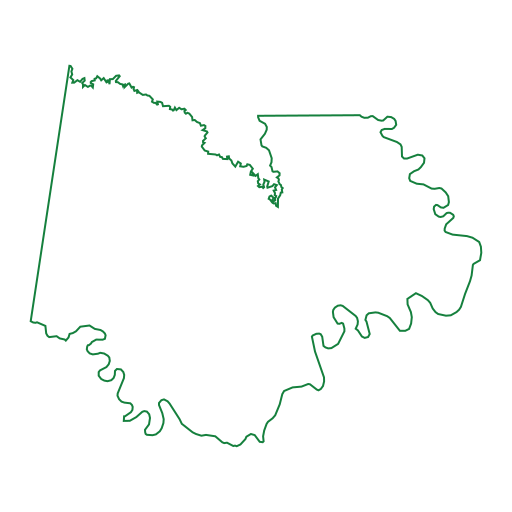 Cabuyaro, Meta, Colombia
{"feature_id": "7082276B93566761030806", "entity_name": "Cabuyaro", "entity_type": "district", "adm_level": 2, "iso_a3": "COL", "parent_name": "Colombia", "parent_adm1": "Meta", "projection": "albers", "projection_center": [-72.967, 4.313], "detail": "fine", "context": "isolated", "style": "outline", "palette": "green", "viewbox_px": 512, "rotation_deg": 0, "n_neighbors": 0, "source": "geoboundaries", "source_scale": "gbopen_adm2", "svg_char_len": 5995}
<svg xmlns="http://www.w3.org/2000/svg" viewBox="0 0 512 512"><path d="M30.7,321.2L33.2,322.5L35.6,322.8L37.0,322.3L45.4,325.9L46.2,333.4L47.5,335.8L49.2,337.1L56.6,336.2L59.7,338.4L64.7,339.5L65.8,340.6L68.5,337.5L69.6,333.9L72.8,333.1L76.0,331.3L80.3,326.7L89.5,325.5L94.8,328.9L100.5,330.0L103.0,331.5L104.9,333.5L105.6,335.3L104.9,338.8L102.6,339.7L96.2,339.6L91.8,342.1L91.0,343.5L89.0,345.1L87.8,345.3L87.2,346.6L86.8,349.3L87.6,351.2L89.7,353.4L92.8,354.4L98.0,353.7L100.2,352.8L104.1,353.5L107.8,355.7L109.3,357.5L109.8,360.9L108.7,364.3L106.4,367.1L100.0,370.4L98.7,372.1L98.7,375.7L101.2,379.0L104.3,380.6L107.5,381.2L111.3,380.2L113.6,378.0L114.8,374.9L115.0,370.9L116.9,369.0L120.9,369.4L123.3,372.0L124.2,374.9L123.9,378.2L117.7,393.4L117.5,395.7L119.1,399.2L121.5,401.6L124.4,402.6L130.3,403.3L131.9,404.9L132.7,406.9L132.4,409.9L130.9,412.2L125.0,416.3L124.1,416.3L123.8,420.9L129.8,420.8L136.3,417.1L142.3,411.8L144.3,411.1L146.9,411.6L149.2,414.3L150.0,418.0L149.0,424.4L145.0,429.8L145.2,432.4L145.7,434.0L146.9,434.8L152.5,435.2L155.9,434.4L159.8,431.3L161.7,428.2L163.4,423.1L163.7,419.2L162.3,413.2L159.0,405.0L159.0,403.0L161.4,400.2L164.0,399.4L167.6,401.3L169.6,403.6L179.6,419.2L181.8,423.8L192.6,432.3L196.0,434.0L201.4,435.7L206.0,434.9L215.3,436.3L222.3,442.3L224.2,443.1L227.0,442.7L233.3,446.0L235.0,445.6L236.7,446.2L240.4,444.5L245.4,439.1L246.4,436.7L250.9,434.0L254.7,435.1L259.7,441.8L262.7,442.2L263.6,441.3L263.1,436.3L264.2,430.5L266.6,423.9L268.0,421.8L272.6,418.3L275.2,415.3L279.7,404.4L282.3,394.1L284.1,391.0L292.6,387.4L301.5,386.6L308.2,384.0L310.0,384.3L316.8,389.6L318.5,390.3L320.8,389.0L323.0,386.0L324.1,381.4L324.0,377.4L315.0,351.5L311.9,336.6L312.7,335.5L316.3,333.8L319.2,333.6L320.7,334.2L322.2,336.7L323.5,345.9L325.4,347.4L328.2,348.4L331.4,348.1L338.1,343.9L344.4,331.3L344.4,328.5L343.1,323.6L341.7,322.9L339.4,323.8L337.6,323.6L333.6,317.2L332.9,311.9L333.3,309.9L334.9,307.6L337.8,305.7L340.6,305.3L342.7,305.9L355.7,316.0L357.1,317.9L357.9,321.3L357.6,324.5L355.7,328.7L357.9,330.4L361.9,336.5L364.7,337.9L368.1,337.0L369.7,334.0L366.5,321.6L365.4,319.9L366.6,315.3L368.8,313.3L375.4,312.4L378.2,312.7L387.2,316.2L389.8,318.0L399.9,330.8L405.3,330.8L409.1,328.9L411.1,323.6L411.8,317.2L410.9,312.1L407.6,304.4L407.4,298.9L415.9,293.2L421.9,296.0L427.8,300.1L430.2,302.8L432.7,308.5L435.5,312.1L438.1,314.0L446.0,315.7L450.8,315.3L456.5,312.1L459.1,309.7L460.9,306.9L465.1,293.8L470.0,281.2L471.6,275.5L472.9,264.9L473.6,263.9L480.0,260.2L481.3,252.8L480.9,246.7L479.2,242.0L472.5,237.7L467.0,236.1L452.6,234.6L445.6,232.0L444.6,230.6L444.7,228.5L446.2,224.3L453.3,217.9L453.8,216.3L453.2,214.8L450.1,212.8L448.2,212.7L446.6,213.1L443.3,216.3L440.6,217.0L438.7,216.6L435.3,214.2L433.7,209.1L434.1,206.6L436.0,204.9L437.5,205.1L440.8,207.4L443.5,207.8L448.1,205.0L448.9,202.1L448.2,196.2L445.7,192.4L441.5,188.5L439.3,188.0L434.7,188.8L431.6,188.6L423.5,184.4L416.7,183.7L410.2,180.9L409.2,178.2L409.9,174.1L414.1,171.2L418.4,169.5L420.9,167.1L424.0,162.8L424.5,158.3L422.3,155.5L417.8,154.7L407.2,158.5L404.0,158.5L402.0,156.5L401.7,146.9L400.5,144.4L396.9,142.0L383.7,137.1L382.4,135.8L380.5,132.2L381.7,130.0L384.7,128.9L391.9,129.0L394.0,127.8L396.2,124.8L395.6,121.0L394.2,118.9L391.2,117.1L387.4,116.7L383.2,120.5L381.5,120.7L378.1,120.0L372.7,116.1L370.8,116.2L367.9,117.7L364.3,117.8L361.5,116.7L359.8,115.2L258.1,115.8L258.1,117.2L259.6,120.8L265.1,123.8L266.8,127.0L266.7,129.7L264.9,133.8L260.5,139.4L261.5,145.3L262.3,146.4L266.2,147.8L269.0,150.3L271.7,158.2L271.5,162.2L270.1,165.6L271.5,167.0L272.5,171.3L273.4,171.8L277.5,171.4L279.6,173.2L279.5,175.4L276.9,177.4L278.5,178.5L278.9,179.8L278.4,181.5L279.8,184.3L280.9,185.0L281.4,187.1L282.7,188.1L281.8,189.5L282.3,192.4L280.8,192.6L280.2,195.2L278.0,198.6L277.9,206.9L276.1,205.8L275.6,203.2L273.8,203.5L272.7,202.9L272.8,201.7L275.2,200.3L275.1,199.0L273.2,198.6L271.4,201.4L270.0,199.5L268.7,198.8L269.5,196.5L271.2,195.6L273.6,197.8L275.1,198.1L275.8,197.4L276.2,196.0L274.7,195.1L275.0,193.1L273.7,190.6L276.1,190.0L275.0,187.3L276.8,185.1L274.0,184.2L272.4,186.1L267.5,187.7L267.2,186.5L268.7,181.5L264.2,179.6L264.5,181.9L263.3,184.5L264.1,187.2L263.2,188.0L262.2,186.7L259.3,187.2L258.0,186.0L259.9,184.5L258.2,183.4L257.8,181.2L259.3,179.5L258.3,178.2L257.8,174.2L255.6,175.9L252.6,172.7L253.2,175.5L250.2,174.8L250.9,171.5L252.8,168.7L249.8,164.9L247.3,164.3L246.6,166.0L243.5,166.8L240.2,166.3L240.8,163.5L238.1,161.7L235.3,166.6L232.4,163.4L231.4,160.5L229.2,158.5L228.8,156.3L227.0,156.6L227.3,159.1L222.9,158.9L221.9,157.1L220.2,156.9L219.0,154.5L217.0,155.3L215.6,154.5L208.1,153.8L208.2,151.6L204.7,150.5L201.8,146.6L202.0,145.4L204.5,142.9L203.1,142.4L203.0,140.9L205.8,138.3L204.6,136.4L204.8,135.6L207.5,132.5L207.0,131.5L202.6,130.1L205.3,128.2L205.4,126.0L204.0,125.1L200.9,125.7L199.9,123.1L197.0,122.0L194.7,120.0L192.5,120.3L192.1,117.0L189.3,113.6L187.4,112.8L185.9,113.7L184.8,112.7L184.4,111.0L185.7,110.0L184.4,108.7L181.5,109.3L179.2,107.8L176.4,110.1L174.9,107.6L173.7,110.3L173.0,110.6L172.0,109.5L169.9,109.1L170.2,106.8L168.9,105.8L163.0,106.2L162.1,102.8L160.4,101.9L157.3,101.6L157.9,104.3L157.1,104.6L155.6,102.9L154.0,102.9L152.0,101.7L152.8,99.4L149.4,95.8L147.4,95.5L146.0,94.5L142.8,94.9L138.7,92.2L137.2,92.8L137.1,91.5L138.1,91.0L137.3,90.0L134.4,90.9L133.6,89.1L134.0,87.2L133.0,86.8L131.6,87.6L129.3,83.4L128.2,83.7L124.7,87.1L124.9,84.5L124.0,84.8L123.1,86.2L122.5,84.4L120.1,83.9L117.9,82.2L116.0,82.1L115.8,81.0L119.7,76.2L119.1,75.4L116.1,75.8L112.8,79.1L109.9,79.2L109.5,84.2L108.6,80.3L107.4,80.4L107.1,82.1L106.5,82.4L103.7,78.1L101.2,80.3L100.1,78.5L97.3,76.2L96.2,78.3L94.6,78.8L94.7,80.4L91.6,81.1L90.7,82.1L90.8,83.1L93.2,84.3L92.8,87.5L91.2,85.7L90.1,85.6L87.9,86.9L84.9,85.0L83.0,86.9L83.0,84.4L82.2,83.0L84.7,80.6L84.4,78.1L82.5,78.9L80.1,81.8L77.4,80.2L74.1,82.7L72.3,82.7L73.3,80.1L70.4,77.4L72.2,74.5L71.4,71.4L72.4,68.8L70.6,66.0L69.4,65.8L30.7,321.2Z" fill="none" stroke="#15803d" stroke-width="2"/></svg>